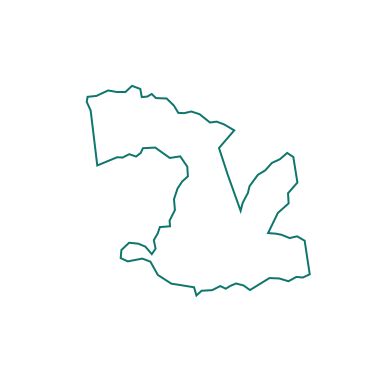 Engenho Velho, Rio Grande do Sul, Brazil (Albers equal-area conic projection), rotated 316°
{"feature_id": "56859067B64358996433210", "entity_name": "Engenho Velho", "entity_type": "district", "adm_level": 2, "iso_a3": "BRA", "parent_name": "Brazil", "parent_adm1": "Rio Grande do Sul", "projection": "albers", "projection_center": [-52.91, -27.679], "detail": "fine", "context": "isolated", "style": "outline", "palette": "teal", "viewbox_px": 384, "rotation_deg": 316, "n_neighbors": 0, "source": "geoboundaries", "source_scale": "gbopen_adm2", "svg_char_len": 1314}
<svg xmlns="http://www.w3.org/2000/svg" viewBox="0 0 384 384"><g transform="rotate(316 192 192)"><path d="M187.9,307.7L194.7,314.8L199.4,323.2L208.1,325.6L212.3,330.5L219.5,333.0L239.2,305.3L236.8,296.9L230.2,292.9L226.7,285.0L223.6,280.5L218.2,274.4L239.2,266.7L253.6,267.3L260.2,259.6L274.4,258.4L289.2,237.2L287.6,230.0L278.0,229.5L269.8,226.6L259.7,227.3L251.3,225.4L237.4,227.8L231.6,231.5L221.2,234.9L213.9,239.3L229.7,204.4L242.0,179.1L265.2,177.0L262.0,165.6L258.6,158.5L253.2,154.5L251.5,141.3L247.4,133.6L241.2,129.9L237.1,125.6L239.0,117.2L238.7,107.1L231.3,99.4L231.1,93.5L226.1,92.3L221.8,88.8L226.4,82.0L222.6,74.0L213.6,73.8L207.6,68.1L202.2,60.7L195.3,58.3L190.0,56.5L183.0,51.0L178.9,54.0L175.7,63.0L142.3,107.1L162.3,115.0L166.0,119.0L173.1,121.2L176.4,127.6L182.2,128.3L187.1,126.4L196.4,134.5L199.7,152.1L208.3,158.2L206.2,170.5L199.9,177.9L192.3,177.6L184.1,179.4L174.0,184.7L167.2,193.1L156.0,197.0L152.4,201.4L144.5,194.9L138.6,198.0L131.1,200.1L126.4,207.5L119.9,208.8L120.5,198.9L117.5,191.9L111.5,184.8L100.9,184.7L94.8,190.0L97.6,197.3L110.0,205.4L113.7,213.2L109.8,227.9L113.5,243.7L117.0,248.2L127.3,262.0L123.3,269.5L130.3,269.7L138.3,276.6L147.0,279.3L149.1,285.0L154.4,286.2L160.1,288.4L164.2,295.1L165.6,302.8L187.9,307.7Z" fill="none" stroke="#0f766e" stroke-width="2"/></g></svg>